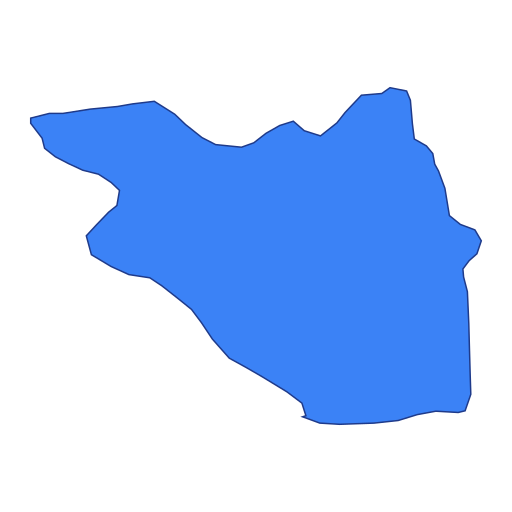 Sunne, Värmland, Sweden
{"feature_id": "70781695B71435448631031", "entity_name": "Sunne", "entity_type": "district", "adm_level": 2, "iso_a3": "SWE", "parent_name": "Sweden", "parent_adm1": "Värmland", "projection": "robinson", "projection_center": [13.058, 59.895], "detail": "fine", "context": "isolated", "style": "filled", "palette": "blue", "viewbox_px": 512, "rotation_deg": 0, "n_neighbors": 0, "source": "geoboundaries", "source_scale": "gbopen_adm2", "svg_char_len": 1133}
<svg xmlns="http://www.w3.org/2000/svg" viewBox="0 0 512 512"><path d="M30.7,118.1L30.7,123.3L42.1,138.2L44.6,148.3L55.4,156.8L68.7,163.7L82.7,170.2L98.5,174.2L111.2,182.5L119.5,190.4L116.9,205.5L108.6,212.2L96.5,224.8L86.3,235.8L91.4,254.7L111.1,266.5L128.9,274.6L149.8,277.8L161.7,285.7L177.6,298.2L191.5,309.4L201.4,322.6L212.4,339.1L229.3,358.2L246.2,367.5L262.1,376.7L287.0,391.9L301.9,403.1L305.9,415.7L302.6,416.8L319.8,423.1L339.6,424.3L374.0,423.1L398.2,420.5L417.3,414.6L435.8,411.2L456.9,412.4L458.1,412.5L465.1,410.8L470.8,394.3L470.1,371.9L469.4,346.7L468.8,323.7L467.4,291.7L463.6,277.0L462.9,269.0L466.7,263.9L469.2,260.6L476.9,253.8L481.3,240.8L474.9,229.9L460.3,224.4L449.4,215.6L444.9,188.3L438.5,171.0L434.7,164.1L432.8,153.6L426.4,145.9L414.3,139.0L412.4,123.7L410.4,100.3L406.6,91.0L390.0,87.7L381.8,93.5L361.4,95.2L345.1,112.5L336.9,122.9L320.5,135.9L304.2,130.7L293.3,121.2L279.7,125.5L266.0,133.3L253.8,142.8L241.5,147.2L215.6,144.6L202.0,137.6L185.6,124.6L174.7,114.2L154.3,101.3L132.5,103.9L117.5,106.5L90.3,109.1L63.0,113.4L49.4,113.4L30.7,118.1Z" fill="#3b82f6" stroke="#1e3a8a" stroke-width="1.5"/></svg>